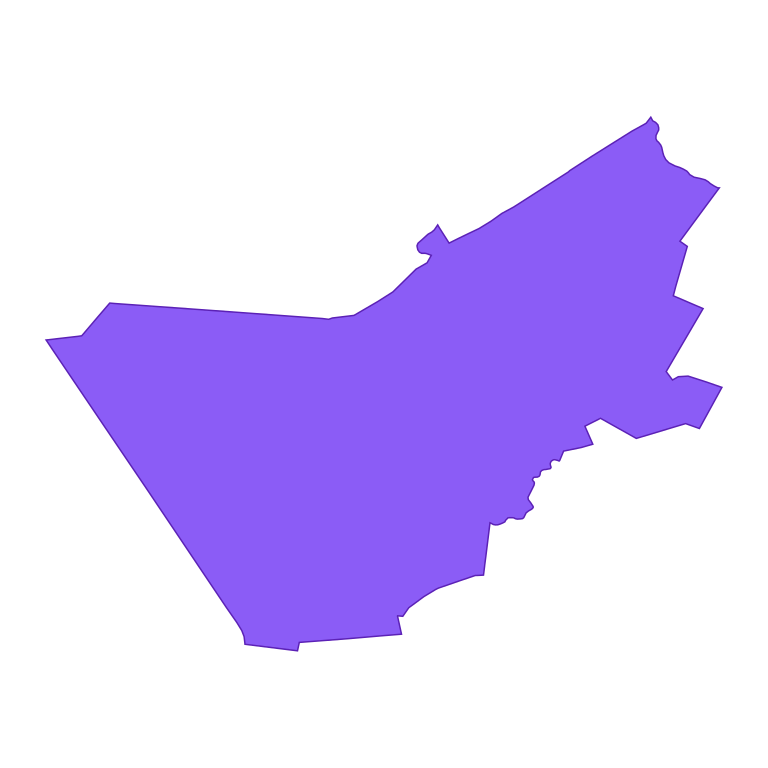 Olari, Arad, Romania
{"feature_id": "2599482B34473248507374", "entity_name": "Olari", "entity_type": "district", "adm_level": 2, "iso_a3": "ROU", "parent_name": "Romania", "parent_adm1": "Arad", "projection": "robinson", "projection_center": [21.573, 46.398], "detail": "fine", "context": "isolated", "style": "filled", "palette": "violet", "viewbox_px": 768, "rotation_deg": 0, "n_neighbors": 0, "source": "geoboundaries", "source_scale": "gbopen_adm2", "svg_char_len": 2613}
<svg xmlns="http://www.w3.org/2000/svg" viewBox="0 0 768 768"><path d="M483.5,575.1L484.6,566.3L484.7,565.2L485.8,556.7L490.0,522.8L491.5,523.5L493.3,524.5L495.4,524.9L497.8,524.8L500.3,524.0L502.9,522.9L504.9,521.8L505.6,520.3L506.9,519.0L507.9,517.9L509.2,517.7L511.0,517.7L512.6,517.7L513.9,517.9L515.4,518.7L517.2,519.1L520.6,518.9L522.6,518.6L523.8,517.6L526.1,512.9L528.6,510.9L531.0,509.6L532.5,508.5L533.2,507.4L533.1,506.4L532.3,505.2L531.7,504.3L531.1,503.3L528.3,499.6L528.0,497.2L531.3,490.7L534.0,485.2L534.4,483.0L534.0,481.8L532.9,480.7L532.4,479.8L533.0,478.5L533.5,477.5L534.8,477.2L537.3,477.1L539.0,476.4L539.5,475.8L540.0,474.8L540.3,473.1L540.5,471.8L541.9,470.4L543.9,469.6L545.8,469.5L547.7,469.1L550.1,468.7L551.0,467.7L550.9,466.6L550.4,465.2L550.2,463.6L550.7,462.2L551.3,461.1L553.4,459.8L554.8,459.7L557.7,460.4L558.5,460.8L559.2,461.0L559.7,460.5L563.6,451.1L581.3,447.5L592.8,444.2L584.9,426.2L600.5,418.3L636.3,438.4L685.6,423.6L699.4,428.5L721.9,387.4L706.4,382.0L688.1,376.1L678.3,376.7L672.5,380.0L666.2,371.6L703.1,308.6L673.3,295.8L675.8,286.2L687.3,246.4L679.9,241.2L705.8,206.1L719.3,187.9L717.6,187.8L714.3,186.1L710.2,183.5L708.2,181.7L705.1,179.8L700.3,178.5L694.1,177.2L689.7,174.6L688.3,172.7L686.8,171.1L683.3,169.1L679.8,167.5L674.9,165.9L668.9,162.8L665.7,159.5L663.8,155.8L662.9,152.8L662.2,149.6L661.7,147.3L660.7,145.0L658.5,142.2L656.9,140.8L655.9,138.6L656.0,136.9L656.0,135.5L656.4,134.7L657.5,132.3L658.7,130.0L658.7,127.7L657.9,124.8L655.6,122.4L652.7,120.8L650.8,117.2L646.2,123.2L643.8,124.6L632.0,131.1L592.3,156.0L569.8,170.6L568.3,172.0L547.2,185.5L513.7,207.0L501.9,213.4L491.0,221.2L479.1,228.5L468.0,233.8L458.5,238.4L449.1,243.1L439.3,227.7L437.7,224.9L435.8,227.7L434.3,229.9L431.6,232.2L428.2,234.1L426.8,235.3L422.0,239.7L418.1,243.1L417.6,244.1L417.0,245.8L417.2,247.1L417.8,249.8L419.5,252.2L421.6,253.3L423.2,253.3L425.1,253.3L426.9,253.7L431.3,255.3L427.1,262.8L416.1,269.1L392.9,291.9L392.0,292.5L377.5,301.7L354.0,315.4L332.3,318.0L328.7,319.3L322.1,318.5L233.0,312.0L131.5,304.7L120.0,303.9L114.7,303.5L110.1,303.1L109.7,303.1L97.5,317.3L82.6,334.8L81.7,335.8L81.2,335.9L80.9,335.9L78.2,336.3L62.6,338.1L58.1,338.6L52.4,339.3L49.6,339.6L48.2,339.8L47.5,339.8L46.1,340.0L47.2,341.6L52.3,349.3L102.5,423.6L147.1,489.5L226.3,607.4L236.9,622.6L241.8,630.6L244.1,636.6L245.0,644.3L297.5,650.8L299.3,642.4L347.9,638.7L381.6,635.8L401.5,634.2L397.5,616.0L397.6,615.8L402.8,616.3L408.8,607.7L423.9,596.6L435.6,589.5L438.4,588.1L459.9,580.7L475.2,575.5L478.4,575.4L480.2,575.3L483.5,575.1Z" fill="#8b5cf6" stroke="#5b21b6" stroke-width="1.5"/></svg>